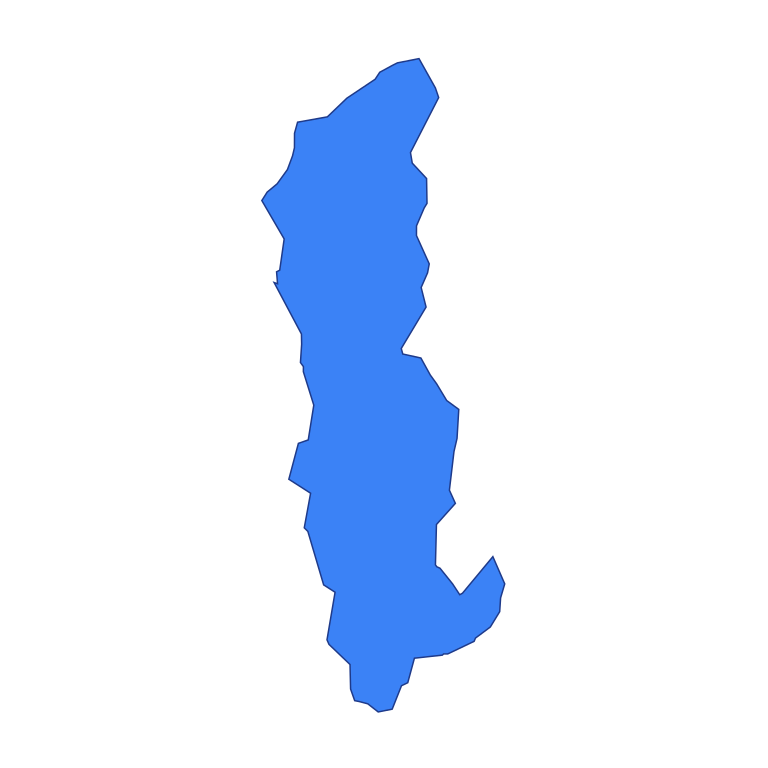 Nsit Ibom, Akwa Ibom, Nigeria (Equal Earth projection), rotated 185°
{"feature_id": "59680162B17891920174093", "entity_name": "Nsit Ibom", "entity_type": "district", "adm_level": 2, "iso_a3": "NGA", "parent_name": "Nigeria", "parent_adm1": "Akwa Ibom", "projection": "equal_earth", "projection_center": [7.878, 4.905], "detail": "fine", "context": "isolated", "style": "filled", "palette": "blue", "viewbox_px": 768, "rotation_deg": 185, "n_neighbors": 0, "source": "geoboundaries", "source_scale": "gbopen_adm2", "svg_char_len": 1254}
<svg xmlns="http://www.w3.org/2000/svg" viewBox="0 0 768 768"><g transform="rotate(185 384 384)"><path d="M492.9,637.3L495.0,626.0L493.8,611.5L495.0,603.3L498.9,589.2L507.9,574.1L517.1,565.0L521.7,556.1L496.1,519.8L497.8,488.3L500.8,486.4L498.8,474.6L502.3,475.5L470.6,426.6L469.5,416.4L469.1,398.1L465.8,394.3L465.4,389.2L452.1,356.8L454.6,321.7L464.1,317.4L470.5,280.8L447.6,268.8L450.9,233.8L447.0,230.5L426.6,178.6L414.6,172.3L418.5,124.2L416.1,119.8L393.4,101.6L390.7,77.2L385.6,66.0L381.0,65.5L372.3,64.0L361.2,56.8L347.5,60.8L340.3,84.9L340.2,85.0L334.3,88.5L329.8,113.5L302.2,119.0L301.7,119.6L301.1,120.3L298.6,120.5L296.9,120.7L271.8,135.5L270.7,138.9L256.9,151.2L248.9,167.3L249.2,181.1L246.3,195.4L260.5,221.5L287.6,182.4L290.2,180.7L298.2,190.8L312.2,205.4L315.4,206.5L317.0,208.3L319.5,248.6L302.5,271.3L309.6,283.9L308.4,322.8L306.5,336.2L307.3,365.2L320.1,373.0L331.6,388.8L338.7,397.0L349.5,413.1L367.9,415.5L369.9,420.9L348.8,464.3L355.4,483.4L350.3,498.5L349.4,507.6L364.6,534.7L365.4,544.4L359.3,562.9L356.9,567.7L359.5,592.4L375.1,606.5L377.8,616.9L354.5,674.1L358.6,683.4L377.5,711.2L398.6,705.1L403.3,702.2L415.4,694.2L419.4,686.8L445.9,665.5L463.7,645.2L492.9,637.3Z" fill="#3b82f6" stroke="#1e3a8a" stroke-width="1.5"/></g></svg>